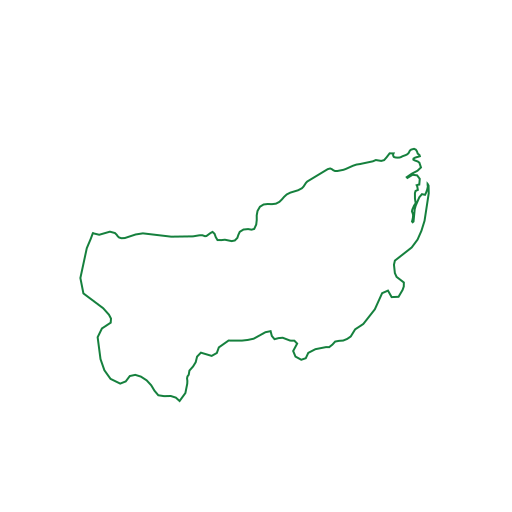 an SVG outline of Cross River, rotated 229°
{"feature_id": "NGA-2847", "entity_name": "Cross River", "entity_type": "State", "adm_level": 1, "iso_a3": "NGA", "parent_name": "Nigeria", "parent_adm1": "", "projection": "robinson", "projection_center": [8.541, 5.798], "detail": "fine", "context": "isolated", "style": "outline", "palette": "green", "viewbox_px": 512, "rotation_deg": 229, "n_neighbors": 0, "source": "natural_earth", "source_scale": "10m", "svg_char_len": 2898}
<svg xmlns="http://www.w3.org/2000/svg" viewBox="0 0 512 512"><g transform="rotate(229 256 256)"><path d="M380.3,148.0L379.4,148.4L374.9,151.6L370.2,161.7L365.9,164.6L363.5,164.8L361.6,164.6L359.8,164.8L357.7,166.1L355.6,168.8L351.2,179.3L347.3,185.5L326.2,204.7L312.1,221.4L308.8,226.8L306.9,229.1L304.4,230.5L303.6,231.7L303.2,236.7L302.7,239.0L300.0,239.3L296.6,238.0L293.3,237.4L290.7,240.3L288.7,243.2L283.2,247.4L281.6,250.2L281.9,253.8L283.5,256.5L284.9,259.6L284.2,263.9L281.5,267.7L278.8,269.9L277.6,272.4L279.6,276.8L282.7,280.2L286.2,283.2L289.0,286.7L290.6,291.3L289.9,295.5L287.6,298.9L284.7,302.0L282.4,305.4L281.5,309.2L281.7,312.6L282.2,316.0L282.3,319.6L281.3,323.5L278.0,330.9L277.0,335.1L277.2,337.4L278.4,341.6L278.6,343.5L274.5,367.1L273.4,369.4L271.8,370.2L270.0,370.6L268.3,371.4L266.7,373.3L263.7,378.5L262.8,380.8L260.5,388.4L259.1,391.8L256.8,395.4L256.8,395.5L250.8,406.3L249.8,409.4L245.6,412.9L244.3,415.6L244.8,419.3L245.3,421.7L245.8,424.2L243.2,427.1L242.8,426.2L241.8,425.4L240.4,425.0L239.1,425.7L237.5,427.2L236.1,429.0L235.5,430.4L235.2,431.9L233.9,435.3L233.5,437.0L233.6,438.8L234.6,441.3L234.5,442.9L233.2,445.6L231.4,446.4L229.3,446.1L227.1,445.2L226.4,445.4L224.9,445.6L223.8,445.1L224.5,443.5L225.1,442.3L225.9,440.5L226.2,438.8L225.5,438.0L224.2,438.4L221.2,440.1L219.2,440.5L214.6,438.6L214.4,433.8L215.9,427.6L216.6,421.5L215.6,421.5L214.6,427.4L211.2,430.5L206.8,430.2L202.8,426.1L203.3,425.4L204.0,423.7L202.8,423.4L199.7,421.5L200.4,419.1L199.2,417.2L195.0,413.6L191.3,411.3L191.1,411.2L190.3,408.3L188.5,404.5L187.4,403.0L185.5,402.3L183.9,401.5L182.0,399.6L180.5,397.6L179.7,396.4L178.7,396.4L178.7,397.5L187.2,406.5L189.2,409.5L193.2,417.8L193.8,421.8L191.3,423.7L192.3,426.1L193.9,428.9L195.6,431.2L197.1,432.2L197.8,432.8L197.7,432.8L195.9,432.4L190.0,427.5L172.0,406.3L166.5,397.4L162.4,388.7L160.3,379.1L161.4,357.8L158.9,354.4L152.0,349.6L148.0,348.4L139.0,350.2L136.0,347.5L134.2,344.3L131.7,336.8L136.0,331.4L143.3,332.9L145.2,326.8L137.8,310.7L134.3,292.4L135.6,282.7L133.1,274.7L133.6,270.4L135.0,266.3L137.5,263.0L139.5,259.6L139.0,255.6L139.2,251.4L141.3,249.1L146.7,239.7L148.6,231.9L146.2,226.5L148.0,222.1L154.2,219.8L159.9,221.7L162.9,229.6L166.9,229.4L169.7,226.3L176.8,222.5L179.2,219.2L181.1,215.4L185.3,215.5L189.7,217.7L192.3,213.1L195.1,200.0L198.0,194.8L201.5,189.7L210.2,179.8L211.4,168.0L208.5,162.8L209.7,157.0L219.2,151.0L218.7,145.5L215.4,140.8L213.9,136.0L213.2,130.6L210.5,127.3L210.1,125.3L208.9,123.7L206.7,122.2L204.7,120.3L198.9,112.8L196.7,103.2L201.7,102.6L206.3,99.8L210.5,94.7L215.0,90.9L221.0,91.0L227.2,92.1L233.9,91.9L240.5,90.0L245.5,86.9L248.2,82.0L246.8,75.4L248.8,69.8L258.7,65.6L269.2,66.6L280.2,71.0L298.6,83.2L302.4,92.2L301.0,102.6L303.9,105.5L308.1,106.5L316.8,106.4L341.0,101.2L354.6,109.0L372.9,133.4L377.3,142.4L380.3,147.9L380.3,148.0Z" fill="none" stroke="#15803d" stroke-width="2"/></g></svg>